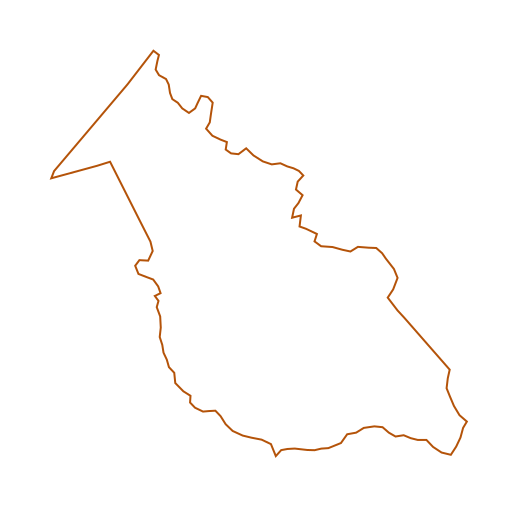 Campo do Brito, Sergipe, Brazil (Mercator projection), rotated 176°
{"feature_id": "56859067B6192746324421", "entity_name": "Campo do Brito", "entity_type": "district", "adm_level": 2, "iso_a3": "BRA", "parent_name": "Brazil", "parent_adm1": "Sergipe", "projection": "mercator", "projection_center": [-37.503, -10.782], "detail": "fine", "context": "isolated", "style": "outline", "palette": "amber", "viewbox_px": 512, "rotation_deg": 176, "n_neighbors": 0, "source": "geoboundaries", "source_scale": "gbopen_adm2", "svg_char_len": 1760}
<svg xmlns="http://www.w3.org/2000/svg" viewBox="0 0 512 512"><g transform="rotate(176 256 256)"><path d="M454.8,347.8L408.1,357.1L395.0,360.2L369.7,299.9L360.3,277.7L358.7,268.2L363.9,258.9L372.6,260.0L377.2,254.7L374.5,246.3L366.8,242.7L360.2,239.7L355.7,232.5L353.8,225.6L359.7,223.2L356.4,218.0L358.6,211.9L355.8,202.4L356.0,191.2L357.7,181.9L355.7,173.9L355.0,166.0L352.2,158.8L350.6,151.2L345.7,145.2L345.4,134.9L337.9,126.1L331.1,121.1L332.0,114.4L327.4,108.9L319.7,104.5L313.5,104.6L307.3,104.5L302.5,98.7L298.0,90.3L291.5,83.1L281.8,77.8L273.3,75.1L263.2,72.4L254.2,67.3L250.2,55.0L244.4,60.6L238.1,61.3L230.8,61.2L218.3,58.9L211.1,58.2L204.3,59.3L197.2,59.3L184.3,63.5L177.5,71.8L168.4,72.8L160.5,77.0L149.8,77.8L141.7,76.4L135.8,70.5L129.4,66.2L121.2,66.9L114.4,63.5L107.4,61.2L98.8,60.6L92.7,53.2L84.6,47.0L75.5,44.1L69.6,51.9L64.7,60.6L61.4,70.1L57.2,76.1L64.1,83.0L69.0,92.6L72.4,102.5L75.1,110.8L73.2,120.7L70.7,129.1L112.5,184.2L118.6,191.8L127.5,205.3L121.5,213.1L116.3,224.3L119.3,233.4L126.7,244.4L130.0,250.0L135.5,255.6L142.9,256.4L153.7,258.0L161.5,253.9L169.4,256.2L179.0,259.6L190.4,261.2L196.6,266.5L193.7,273.7L204.3,279.7L210.5,282.4L208.4,293.3L217.3,291.7L214.8,300.5L210.0,305.8L205.3,313.4L211.5,319.5L209.2,327.3L203.2,333.0L207.3,337.9L212.5,340.9L218.6,343.2L225.2,346.8L233.9,346.3L242.6,349.9L251.5,356.5L258.3,364.1L266.4,358.8L273.7,360.1L278.8,364.3L277.1,371.7L283.3,374.6L291.1,379.0L296.9,386.5L292.8,392.5L290.9,401.4L288.5,412.0L293.0,417.9L299.6,419.6L303.5,412.8L306.4,407.5L312.9,403.4L319.3,408.4L323.3,414.3L328.5,418.3L330.4,424.6L331.1,433.1L333.4,438.8L340.1,443.1L343.1,449.0L340.7,457.6L338.8,463.3L344.0,467.9L372.2,436.2L451.5,354.8L454.8,347.8Z" fill="none" stroke="#b45309" stroke-width="2"/></g></svg>